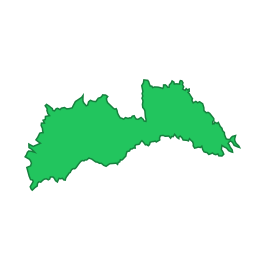 Sertão, Rio Grande do Sul, Brazil (Equal Earth projection), rotated 170°
{"feature_id": "56859067B36736749434356", "entity_name": "Sertão", "entity_type": "district", "adm_level": 2, "iso_a3": "BRA", "parent_name": "Brazil", "parent_adm1": "Rio Grande do Sul", "projection": "equal_earth", "projection_center": [-52.342, -28.013], "detail": "fine", "context": "isolated", "style": "filled", "palette": "green", "viewbox_px": 256, "rotation_deg": 170, "n_neighbors": 0, "source": "geoboundaries", "source_scale": "gbopen_adm2", "svg_char_len": 4012}
<svg xmlns="http://www.w3.org/2000/svg" viewBox="0 0 256 256"><g transform="rotate(170 128 128)"><path d="M233.1,83.4L231.7,84.3L229.8,85.6L227.5,86.6L226.7,89.2L225.1,90.5L223.3,89.8L221.3,91.2L219.5,92.1L217.3,92.2L215.5,90.8L213.9,91.4L213.0,93.2L210.4,92.8L209.3,91.2L208.5,88.7L206.9,87.1L206.0,88.6L204.6,90.4L203.2,89.7L201.3,89.8L200.2,88.0L198.8,87.6L198.2,89.2L197.1,90.6L195.3,92.3L193.9,93.8L192.6,94.3L191.6,95.8L190.5,96.9L188.9,97.5L187.5,97.1L186.0,98.0L184.5,99.5L182.9,101.1L181.2,102.6L179.9,103.5L178.6,103.9L177.0,103.3L175.7,104.0L174.2,103.7L171.7,105.2L170.5,104.4L169.3,103.9L165.7,100.2L163.9,99.6L162.3,98.2L160.4,97.9L158.4,95.5L156.2,94.1L152.2,96.0L148.2,95.6L145.8,95.4L144.6,94.0L143.6,95.8L142.0,96.1L141.0,98.1L139.7,97.5L138.5,98.1L136.7,99.5L135.0,100.7L134.4,102.5L133.1,104.9L130.5,105.1L129.3,106.8L127.5,106.7L126.1,107.4L124.4,107.0L124.3,109.3L122.8,110.2L121.0,110.0L119.6,110.2L117.7,112.3L116.5,113.1L115.2,111.2L113.8,108.4L112.5,108.4L111.1,107.0L109.8,107.9L108.6,110.1L106.8,110.4L105.0,110.2L103.5,110.4L102.6,109.3L98.8,110.7L98.7,112.7L97.4,114.8L94.6,114.6L92.8,113.4L91.0,113.2L89.2,113.0L87.8,110.6L86.5,112.1L85.0,111.6L83.2,113.7L81.2,110.0L79.8,108.7L79.4,110.3L78.0,111.0L76.4,108.7L75.8,106.6L73.8,106.1L72.1,105.6L70.7,104.8L69.3,106.8L68.0,104.7L66.8,103.3L66.4,101.1L66.9,99.1L65.9,96.6L64.1,96.7L62.1,97.0L60.0,96.2L58.5,97.2L58.2,93.9L57.3,91.4L55.9,90.6L54.4,90.1L53.0,87.9L50.5,88.4L49.1,88.7L47.8,87.3L46.3,86.5L44.0,86.8L43.4,84.8L40.3,84.1L38.2,85.6L38.9,88.5L39.8,90.6L38.5,94.5L36.6,92.7L34.4,91.1L32.8,88.2L30.5,86.6L29.2,86.0L29.2,88.4L30.7,91.4L31.3,93.9L32.2,95.2L30.8,96.8L29.3,97.4L27.6,95.7L26.5,92.5L23.4,90.4L21.5,89.4L22.0,91.0L23.1,92.6L24.2,94.0L25.0,96.8L24.9,98.7L23.4,101.9L25.2,101.7L26.6,101.6L28.0,100.7L29.8,99.0L31.5,99.4L33.1,100.1L33.7,102.5L34.1,104.6L33.9,106.8L35.4,109.1L35.5,111.4L36.9,113.5L38.1,117.8L39.5,117.0L41.6,118.7L42.4,117.2L43.9,117.3L43.4,119.8L42.2,120.4L41.9,122.4L44.0,126.4L45.0,128.2L46.4,129.5L48.3,129.4L50.2,131.9L49.8,134.8L50.0,136.8L50.3,138.9L52.9,141.4L55.1,140.8L56.6,142.4L59.4,141.4L60.3,144.3L59.4,145.6L60.3,147.7L61.0,149.4L61.6,151.0L62.7,152.7L61.3,153.5L61.0,155.7L62.9,155.3L63.9,156.6L65.2,155.1L67.4,156.8L66.0,158.9L66.9,161.3L66.0,163.0L66.8,165.1L68.2,165.6L69.2,164.2L69.5,162.3L72.7,163.1L74.8,163.3L74.8,165.2L76.4,166.7L77.7,164.8L79.8,163.2L80.5,161.0L81.9,161.2L82.6,162.7L83.7,164.0L85.5,164.2L85.9,162.3L87.0,160.9L88.7,161.9L91.2,163.0L94.7,163.8L96.7,163.5L97.3,165.1L98.8,165.4L99.4,168.0L99.6,169.8L100.3,171.5L104.0,172.6L105.0,169.7L107.1,167.3L107.0,161.3L108.1,159.5L107.9,156.9L109.1,154.8L108.6,153.1L108.7,151.4L109.7,148.8L109.9,145.7L108.7,143.4L108.4,141.7L109.0,135.3L108.7,133.5L109.2,131.4L110.9,132.0L111.5,133.8L113.3,136.1L116.5,134.8L118.3,135.3L119.2,137.0L119.8,139.0L121.7,138.9L123.2,137.4L124.7,137.7L126.3,137.4L128.7,138.7L130.8,137.4L132.3,138.6L133.9,139.3L135.0,142.0L135.7,144.4L135.8,147.3L136.3,149.1L137.8,148.8L139.1,150.1L143.7,156.5L144.2,158.7L144.1,160.9L142.5,162.5L144.3,164.3L147.2,165.0L148.1,163.9L149.7,162.8L152.1,162.5L155.1,159.6L158.0,160.4L160.2,161.8L162.3,160.6L163.7,157.6L165.3,157.1L167.3,160.6L167.7,162.3L167.3,164.8L166.6,167.9L168.3,166.2L175.2,163.2L177.9,159.7L179.5,157.5L182.9,157.3L185.1,157.5L187.0,159.2L190.2,159.1L191.7,157.9L193.9,159.6L195.3,159.5L197.4,157.6L198.9,158.3L199.2,160.3L200.4,161.5L201.5,162.9L204.1,165.4L205.7,164.3L204.2,161.0L204.8,159.4L204.4,156.2L203.1,153.8L207.3,153.7L208.0,150.7L210.3,150.4L209.4,147.4L212.4,147.8L213.1,145.5L212.3,142.5L212.5,140.5L212.4,138.2L213.9,138.4L215.8,138.2L218.5,134.5L220.7,132.3L218.8,130.1L216.9,128.2L220.7,127.2L224.6,126.3L228.4,129.4L228.9,125.9L226.3,123.6L224.1,120.3L227.3,121.9L229.8,122.6L231.3,121.5L232.6,119.3L234.3,117.5L230.7,114.5L229.8,113.1L229.2,110.2L230.5,107.6L234.5,106.7L233.7,97.8L232.9,94.1L231.0,93.3L230.7,91.7L234.5,87.1L234.0,84.8L233.1,83.4Z" fill="#22c55e" stroke="#15803d" stroke-width="1.5"/></g></svg>